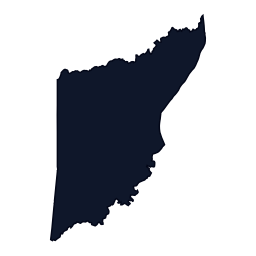 outline of Floresta do Araguaia, Pará, Brazil
{"feature_id": "56859067B99934361851044", "entity_name": "Floresta do Araguaia", "entity_type": "district", "adm_level": 2, "iso_a3": "BRA", "parent_name": "Brazil", "parent_adm1": "Pará", "projection": "natural_earth1", "projection_center": [-49.514, -7.553], "detail": "fine", "context": "isolated", "style": "filled", "palette": "ink", "viewbox_px": 256, "rotation_deg": 0, "n_neighbors": 0, "source": "geoboundaries", "source_scale": "gbopen_adm2", "svg_char_len": 5733}
<svg xmlns="http://www.w3.org/2000/svg" viewBox="0 0 256 256"><path d="M164.5,144.7L164.0,143.4L161.5,137.5L159.8,132.3L159.7,131.5L159.4,129.1L159.3,126.5L159.3,125.5L159.5,123.1L159.8,120.9L160.1,119.2L160.7,114.0L160.7,113.0L161.7,111.5L162.5,110.7L164.0,108.8L166.6,105.2L167.7,103.7L170.2,100.4L171.9,98.6L173.3,96.4L174.0,95.6L175.2,94.4L176.6,92.7L178.4,90.2L179.4,88.0L180.0,86.9L181.5,84.8L182.1,84.1L184.6,81.5L185.5,80.1L186.2,78.9L186.8,77.8L187.3,76.9L189.1,73.8L191.8,70.4L192.3,69.8L193.7,68.4L194.3,67.5L195.6,65.1L196.7,62.5L197.8,60.1L198.5,58.2L199.9,52.9L201.3,50.1L202.7,48.2L203.7,46.2L204.9,43.4L205.2,41.1L205.3,37.9L204.8,34.5L204.9,33.1L204.4,32.0L204.3,30.6L204.0,25.5L203.5,20.7L203.1,17.7L202.9,15.4L202.1,16.1L201.6,16.9L201.3,17.8L200.7,18.6L200.8,19.8L201.2,20.5L200.8,21.2L201.1,22.2L200.7,23.0L200.1,22.7L199.4,22.9L198.8,23.5L198.9,25.5L198.8,26.3L198.6,27.3L198.2,28.0L197.5,28.5L196.7,28.8L196.4,29.5L195.1,30.2L194.3,30.1L193.1,29.3L192.7,29.9L192.4,30.9L190.0,31.8L189.5,31.1L189.5,30.3L188.0,29.7L187.5,29.1L187.0,28.3L186.2,27.9L185.5,28.2L184.8,28.9L184.3,29.6L183.6,29.3L182.9,29.1L182.5,30.0L181.8,30.4L181.6,31.2L181.0,30.8L180.1,29.5L179.5,29.7L178.9,30.3L179.0,31.2L178.2,31.4L177.3,31.5L177.1,30.6L176.5,29.9L175.9,30.1L174.4,29.1L173.6,29.0L173.3,28.3L172.7,27.6L172.1,27.7L171.4,29.3L170.5,30.8L169.6,32.0L168.9,32.0L168.5,32.7L168.8,33.5L168.8,34.4L168.9,35.4L168.4,36.0L166.8,36.7L166.0,37.3L165.3,37.5L163.5,37.3L162.7,37.5L161.9,38.0L161.2,38.2L160.8,38.7L160.7,39.6L161.0,40.5L161.2,41.3L160.8,42.2L159.3,42.2L158.6,41.9L157.6,40.6L156.9,40.3L156.3,41.1L154.2,42.8L154.7,43.4L155.5,43.7L156.0,44.4L156.1,45.2L156.5,45.9L155.3,47.1L154.6,47.9L154.0,48.4L153.5,49.1L153.6,49.9L153.4,50.6L152.6,51.1L152.2,51.7L152.1,52.8L151.2,54.0L150.4,54.0L149.7,52.5L149.2,51.9L148.9,51.2L148.9,50.3L148.7,49.3L148.0,49.5L147.5,51.1L146.0,53.2L145.2,53.6L144.6,54.3L143.7,54.3L143.3,53.7L142.6,54.0L142.0,54.4L141.2,54.8L140.1,56.1L139.3,56.4L138.5,56.4L137.9,56.2L137.3,55.7L136.9,55.0L136.1,55.1L136.0,56.1L136.2,57.0L136.1,57.8L135.8,59.8L135.9,60.8L135.3,61.8L134.5,62.3L133.5,62.6L133.4,61.8L132.6,61.7L131.1,61.9L130.5,62.8L129.6,62.9L128.5,63.4L127.7,62.7L127.5,61.8L126.7,61.6L126.0,61.8L125.2,61.8L124.6,61.4L124.1,60.6L123.4,60.3L122.7,60.0L122.6,59.2L121.8,59.3L120.8,60.1L120.0,59.8L120.0,59.0L119.1,58.7L117.5,59.4L116.6,59.4L115.8,59.2L114.6,59.4L113.5,60.0L112.1,61.0L111.3,61.0L110.4,61.2L109.4,61.7L108.5,62.8L107.4,64.5L107.1,65.3L106.3,66.3L105.0,66.5L103.6,66.6L103.0,65.7L102.1,65.7L101.3,66.4L100.3,66.7L99.6,66.7L98.9,67.3L97.1,67.1L96.5,66.7L95.8,66.8L94.9,66.9L94.3,67.2L93.1,68.2L92.4,68.5L91.8,69.0L91.4,69.9L90.6,70.4L89.9,70.1L89.4,71.1L88.6,71.3L87.7,71.1L87.0,70.8L86.1,70.6L85.3,70.7L84.6,70.5L83.5,70.6L82.1,71.3L81.5,71.8L80.9,72.2L80.2,72.5L78.4,71.8L77.9,71.2L77.2,70.9L76.3,71.1L75.5,70.9L74.7,71.3L74.0,71.8L72.4,71.8L71.8,72.4L71.1,72.7L70.4,73.4L69.7,73.6L69.1,73.3L68.3,72.7L67.8,70.8L67.2,70.1L66.2,69.8L65.5,69.5L64.6,69.5L63.6,70.1L61.5,72.3L61.1,73.0L61.2,74.3L60.7,75.0L60.5,76.0L59.6,78.0L59.1,78.8L58.4,79.5L57.4,79.7L57.4,105.6L57.3,114.3L57.4,132.8L57.4,167.2L57.8,167.8L57.6,168.7L57.9,169.6L57.4,170.4L57.4,171.6L54.8,197.8L54.5,200.8L54.6,201.6L54.5,202.5L54.2,203.3L54.3,204.2L54.0,206.7L52.4,224.0L52.0,228.3L51.9,229.4L50.7,239.6L51.7,240.2L52.5,240.6L53.1,239.9L53.8,239.6L54.5,240.2L55.3,240.4L56.8,239.0L57.7,238.5L58.4,237.8L59.1,237.5L60.0,236.8L60.2,235.8L60.6,233.9L61.2,233.2L61.7,233.8L62.5,233.8L62.8,233.1L63.3,231.8L63.9,231.4L64.9,230.6L65.6,230.5L67.1,229.6L67.5,228.1L68.4,227.3L69.1,226.8L69.9,226.5L70.6,226.6L70.9,227.7L72.2,226.3L72.7,225.6L73.1,224.7L73.8,224.2L74.4,223.3L75.4,223.4L76.2,222.9L76.8,222.0L77.9,222.3L78.7,222.3L79.5,222.9L80.7,223.2L81.4,222.4L82.3,222.0L82.8,221.5L83.7,221.8L84.6,221.8L85.5,221.9L86.0,221.2L86.7,221.5L87.1,220.9L87.9,220.9L88.6,221.6L89.3,222.3L90.1,222.6L91.5,222.6L91.8,223.6L91.7,224.5L92.4,224.9L93.1,224.9L93.9,225.4L95.2,225.8L95.8,225.4L96.6,224.8L97.3,224.0L97.9,222.8L99.2,222.1L100.0,222.9L100.9,224.2L101.7,224.4L103.0,224.2L103.0,223.0L102.4,221.3L102.7,219.9L102.8,219.1L103.4,218.5L104.6,218.3L105.5,217.8L106.1,215.1L106.9,214.3L107.5,214.1L108.5,213.6L108.9,211.8L108.7,210.6L108.2,209.5L107.6,208.4L107.3,206.9L108.9,206.3L110.3,205.7L110.6,205.0L111.5,204.5L112.1,204.9L113.0,204.4L113.6,203.6L113.6,202.8L114.3,201.9L114.7,200.7L115.2,199.6L116.4,198.6L117.8,199.8L118.6,200.3L119.3,201.7L118.6,201.7L117.9,202.7L118.8,203.1L120.3,202.7L120.9,202.1L121.0,203.8L120.8,204.7L121.9,204.8L123.0,204.3L123.6,203.6L124.4,203.3L125.4,203.8L126.2,204.0L126.9,204.8L127.5,205.0L128.2,205.5L128.7,204.9L129.6,204.2L130.1,203.6L129.6,202.9L128.9,203.2L128.1,201.3L128.8,200.5L130.5,200.6L131.9,200.3L132.5,201.2L133.2,200.9L133.0,199.7L131.9,198.7L131.4,198.0L130.3,198.0L130.2,197.0L130.5,196.2L130.6,195.1L132.3,195.0L134.9,195.3L135.8,194.4L137.3,193.4L138.1,192.1L137.4,190.4L136.8,191.1L135.9,191.0L135.0,190.5L134.0,189.7L133.7,187.9L133.3,186.9L134.3,185.9L136.1,185.8L136.9,185.2L137.7,183.8L138.4,183.0L139.0,182.3L140.8,181.5L142.6,180.7L143.7,180.3L144.7,179.9L145.7,178.7L146.4,178.4L147.3,177.9L147.6,176.6L148.3,176.2L149.6,176.1L150.1,175.2L150.6,174.3L151.3,172.9L150.7,172.3L150.0,171.5L149.5,170.9L149.1,170.0L149.2,168.6L148.3,167.9L146.6,166.6L147.0,165.4L148.9,166.2L150.4,167.0L151.4,166.4L153.9,166.9L154.5,166.2L154.6,165.1L154.7,164.0L154.7,162.4L154.3,161.5L153.2,161.1L152.3,161.1L151.6,160.6L152.1,159.6L152.1,158.3L151.9,156.9L152.2,155.8L152.4,154.6L153.1,153.8L154.8,153.4L157.7,152.2L158.8,151.4L159.9,150.3L160.3,149.7L161.2,148.8L162.0,147.6L162.4,146.7L163.4,145.9L164.5,144.7Z" fill="#0f172a" stroke="#020617" stroke-width="1.5"/></svg>